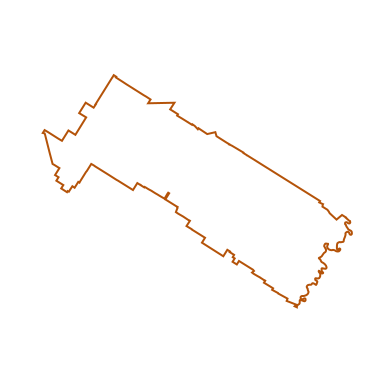 Río Bravo, Tamaulipas, Mexico (orthographic projection), rotated 122°
{"feature_id": "50627088B84741997482443", "entity_name": "Río Bravo", "entity_type": "district", "adm_level": 2, "iso_a3": "MEX", "parent_name": "Mexico", "parent_adm1": "Tamaulipas", "projection": "orthographic", "projection_center": [-98.021, 25.728], "detail": "fine", "context": "isolated", "style": "outline", "palette": "amber", "viewbox_px": 384, "rotation_deg": 122, "n_neighbors": 0, "source": "geoboundaries", "source_scale": "gbopen_adm2", "svg_char_len": 5692}
<svg xmlns="http://www.w3.org/2000/svg" viewBox="0 0 384 384"><g transform="rotate(122 192 192)"><path d="M134.4,320.3L137.1,320.2L137.2,320.3L140.0,320.3L152.1,320.3L166.4,320.3L168.9,320.3L168.8,320.0L172.6,320.1L172.6,329.5L184.9,329.5L184.8,321.3L205.3,321.2L205.3,325.3L205.3,329.4L217.5,329.4L217.6,333.5L217.5,345.9L217.6,349.8L221.0,349.8L220.4,348.0L221.5,346.7L222.0,346.2L234.1,333.6L241.7,325.5L242.0,325.3L242.1,325.0L242.0,323.2L242.0,317.1L250.2,317.1L250.2,313.0L254.3,313.0L254.3,304.8L258.3,304.8L258.4,297.9L257.1,297.9L257.1,297.7L257.0,296.6L254.3,296.6L250.5,296.5L250.6,293.8L243.7,293.8L243.7,292.4L242.0,292.5L231.3,292.5L229.8,292.3L221.6,292.3L221.5,290.4L221.5,288.4L221.6,288.2L221.6,271.9L221.7,262.1L221.6,261.3L221.6,243.1L213.4,243.1L213.4,239.3L213.2,239.3L213.2,239.1L213.4,238.3L213.4,237.4L213.4,236.6L213.4,234.9L212.8,234.9L212.7,233.9L212.7,230.9L212.6,228.9L212.5,227.4L212.4,226.8L212.5,226.6L212.5,225.8L212.5,224.9L212.5,222.4L212.4,219.9L212.4,217.2L212.3,213.9L212.2,212.2L212.3,211.8L210.7,211.8L209.4,211.8L206.7,211.9L205.2,211.8L205.2,210.7L212.4,210.7L212.4,201.1L212.4,197.9L212.3,196.3L213.2,196.2L213.3,195.8L215.2,195.5L217.6,195.0L217.7,192.4L217.5,186.6L217.7,179.6L217.5,179.3L217.5,178.5L223.8,178.6L223.7,172.9L223.9,172.3L223.8,172.0L223.9,171.9L223.9,165.3L223.9,158.7L223.9,156.7L229.7,156.7L229.9,131.4L222.3,131.4L222.3,128.2L223.0,128.2L223.0,123.0L225.7,122.9L225.7,120.6L229.7,120.6L229.7,115.6L225.6,115.6L225.6,99.3L225.6,99.1L226.1,97.6L228.5,98.4L228.7,96.7L228.6,92.4L228.4,88.6L228.5,88.5L228.5,86.5L228.6,83.3L228.4,83.3L228.4,82.9L230.8,82.9L230.7,75.6L230.7,72.2L232.5,72.2L232.1,65.4L232.4,65.1L231.8,54.5L234.2,54.0L232.3,43.9L234.5,44.4L234.2,42.0L233.7,42.3L233.3,42.4L233.0,42.5L232.4,42.5L231.8,42.5L230.3,41.8L229.6,41.7L229.0,41.9L227.8,42.6L226.8,43.2L226.5,43.2L226.4,43.1L226.2,42.8L225.9,42.2L225.7,41.4L225.5,40.6L225.4,39.8L225.1,38.8L224.8,38.5L224.6,38.4L224.3,38.3L223.8,38.3L223.4,38.5L222.9,38.8L222.5,39.2L222.5,39.4L222.4,39.9L222.5,40.1L222.8,40.5L223.8,41.0L224.3,41.4L224.5,41.6L224.8,42.0L224.9,42.4L224.9,42.6L224.8,43.1L224.4,43.7L223.9,44.0L223.4,44.2L223.1,44.2L222.7,44.1L221.9,43.6L221.7,43.3L220.8,41.9L219.3,40.7L218.8,40.4L217.9,40.0L217.4,39.9L216.7,39.8L215.5,40.0L214.9,40.3L214.6,40.6L214.4,41.0L214.0,41.5L213.6,42.0L212.7,42.7L212.5,43.1L212.2,43.9L212.1,44.0L211.7,44.3L211.3,44.6L211.0,44.6L210.4,44.6L209.8,44.5L209.0,43.9L208.5,43.4L208.1,42.8L207.8,42.3L207.5,41.9L207.1,41.7L205.8,41.6L205.4,41.3L205.2,40.9L205.0,39.6L205.0,38.7L205.1,38.2L205.1,37.8L205.0,37.6L204.8,37.6L204.3,37.5L201.8,38.1L201.5,38.4L201.3,38.9L201.3,39.1L201.3,40.1L201.3,40.6L201.1,40.9L200.7,41.3L200.2,41.6L199.9,41.6L199.5,41.3L199.1,40.3L198.7,39.5L198.5,39.3L198.2,38.9L197.8,38.7L197.5,38.5L196.9,38.5L196.3,38.5L195.7,38.6L195.1,38.9L194.0,39.5L193.5,39.9L193.3,40.1L193.1,40.6L192.7,41.7L192.4,42.2L192.0,42.6L191.9,42.6L191.6,42.6L191.5,42.3L191.5,42.0L191.7,41.5L192.1,40.8L192.3,40.2L192.4,39.7L192.3,38.9L192.1,38.4L191.8,38.1L191.4,37.9L191.2,37.9L191.0,38.0L190.8,38.2L190.8,38.4L190.8,38.9L190.7,39.2L190.2,40.1L189.8,40.5L189.0,41.0L188.6,41.3L188.3,41.5L188.1,41.5L187.9,41.4L187.6,41.0L187.4,40.6L187.3,40.1L186.9,39.2L186.6,38.6L186.5,38.3L186.2,38.0L185.9,37.8L185.6,37.7L185.3,37.7L184.7,37.9L184.1,38.5L183.5,39.3L183.2,40.1L183.0,40.5L182.8,41.4L182.6,42.9L182.7,45.0L182.2,46.0L182.1,46.3L181.7,46.7L181.3,47.5L181.1,48.6L181.1,48.9L180.9,49.3L180.7,49.4L180.4,49.3L179.3,48.6L178.7,48.3L177.9,48.0L177.1,47.9L175.9,47.9L174.6,47.8L173.6,47.7L172.3,47.1L171.6,47.1L171.3,47.1L170.5,47.4L170.0,47.7L169.3,48.7L167.9,51.2L167.7,51.3L167.2,51.5L166.9,51.6L166.0,51.6L165.3,51.6L165.1,51.5L164.6,50.8L164.2,49.8L164.0,49.4L163.9,49.2L164.0,49.1L164.3,48.9L165.5,48.8L166.0,48.7L166.6,48.5L167.0,48.2L167.3,47.8L167.7,47.3L168.0,46.5L168.1,45.6L168.1,45.0L167.9,44.1L167.7,43.5L167.5,43.0L167.0,42.3L166.7,42.1L166.5,41.9L166.2,41.4L166.1,41.1L165.8,40.0L165.8,38.4L165.5,37.4L164.9,36.5L164.7,36.2L164.2,35.9L163.8,35.8L163.1,35.7L162.4,35.7L162.2,35.8L161.8,36.1L161.7,36.5L161.7,36.8L161.9,37.1L162.1,37.2L163.0,37.5L163.4,37.8L163.6,38.3L163.6,38.7L163.4,38.9L162.5,39.6L162.1,39.8L160.8,40.6L159.3,41.3L158.8,41.4L158.4,41.5L157.5,41.2L156.7,40.7L156.1,40.1L156.0,39.8L155.8,39.2L155.4,38.8L154.6,37.9L154.3,37.6L154.1,37.4L153.9,37.3L153.4,37.3L151.8,38.0L150.3,38.3L149.0,38.5L146.9,39.1L146.3,39.6L146.0,39.8L145.8,39.9L145.3,40.0L144.8,39.9L143.7,39.4L143.4,39.2L143.2,38.9L143.1,38.5L143.1,37.8L143.2,37.5L143.4,37.0L144.0,36.3L144.1,36.0L144.3,35.5L144.3,35.1L144.2,34.8L143.9,34.4L143.5,34.3L143.2,34.2L142.8,34.3L142.5,34.4L141.8,34.9L141.2,35.4L140.9,35.9L140.8,36.2L140.7,36.9L140.9,39.0L140.7,39.8L140.5,40.4L139.8,41.7L139.6,42.4L139.4,42.7L139.1,43.2L138.5,43.9L138.4,44.0L138.3,44.6L138.2,44.9L138.1,45.1L137.6,45.5L137.2,45.7L136.7,45.8L136.4,45.6L136.2,45.5L135.7,44.9L135.6,44.6L135.6,44.3L135.7,43.6L135.7,42.8L135.5,42.4L135.3,41.9L135.1,41.7L134.6,41.6L134.1,41.6L133.8,41.8L133.0,42.5L133.2,42.8L132.4,47.3L132.3,48.0L132.0,48.0L132.0,52.6L138.8,54.8L137.1,63.7L136.8,64.5L136.4,65.1L136.0,65.9L135.3,67.8L135.3,72.9L135.3,73.1L135.3,73.6L133.2,74.5L132.9,74.5L133.0,75.1L133.4,78.6L131.8,78.6L131.7,161.0L131.7,164.8L131.8,165.0L131.7,165.1L131.7,169.1L131.3,169.2L131.6,183.1L132.0,185.6L131.7,185.6L131.8,188.8L131.7,200.8L130.6,202.0L128.9,203.9L134.8,209.8L134.5,220.3L135.7,220.3L134.5,224.8L134.4,227.6L135.0,227.6L135.0,239.3L135.1,245.1L133.5,245.1L133.5,254.3L125.6,254.2L140.0,276.2L135.5,276.2L135.4,281.3L135.5,284.4L135.4,304.7L135.3,308.9L135.2,317.3L134.4,317.3L134.4,320.3Z" fill="none" stroke="#b45309" stroke-width="2"/></g></svg>